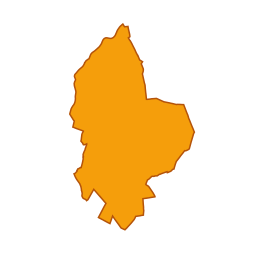 the district of Scherpenzeel, Gelderland, Netherlands, rotated 105°
{"feature_id": "6326949B37781973583405", "entity_name": "Scherpenzeel", "entity_type": "district", "adm_level": 2, "iso_a3": "NLD", "parent_name": "Netherlands", "parent_adm1": "Gelderland", "projection": "robinson", "projection_center": [5.498, 52.09], "detail": "fine", "context": "isolated", "style": "filled", "palette": "amber", "viewbox_px": 256, "rotation_deg": 105, "n_neighbors": 0, "source": "geoboundaries", "source_scale": "gbopen_adm2", "svg_char_len": 5533}
<svg xmlns="http://www.w3.org/2000/svg" viewBox="0 0 256 256"><g transform="rotate(105 128 128)"><path d="M114.8,62.8L114.1,63.4L112.4,64.6L111.0,65.7L109.6,66.8L105.3,70.0L102.6,72.1L101.8,72.5L99.9,73.7L98.8,74.6L96.1,76.6L95.1,77.3L91.0,80.3L91.2,81.0L91.6,82.9L91.7,83.4L91.7,83.5L92.1,85.2L92.2,85.6L92.2,85.8L92.3,86.2L92.5,86.6L92.6,87.0L92.8,87.3L92.9,91.9L93.0,92.9L93.0,93.0L93.0,94.2L93.4,100.2L93.2,101.2L93.1,102.0L92.1,108.0L92.1,108.3L93.0,110.8L93.2,111.4L93.8,113.1L94.3,114.1L94.6,114.9L95.0,115.9L95.2,116.4L95.5,117.6L93.2,118.5L92.1,118.9L90.3,119.6L89.4,120.0L87.0,120.9L84.3,121.9L83.6,122.2L83.3,122.2L81.9,122.8L80.6,123.6L80.3,123.8L72.4,127.9L72.3,128.0L72.1,128.1L70.0,128.0L69.3,128.0L68.5,128.1L67.9,128.2L67.6,128.3L67.3,128.4L66.5,128.8L66.3,129.0L64.1,130.6L63.5,131.1L62.5,131.8L60.2,131.1L59.3,134.1L59.3,134.3L57.5,135.7L56.8,136.2L56.4,136.5L55.5,137.2L55.6,137.3L52.9,139.8L50.5,141.7L46.4,145.4L46.3,145.5L46.0,145.7L44.3,147.3L43.0,148.6L43.0,148.9L40.8,151.0L39.4,149.8L39.2,149.8L37.0,150.7L32.5,153.1L31.0,153.8L30.3,154.2L29.9,154.3L31.1,157.6L30.0,158.7L28.9,159.9L29.9,160.6L31.6,161.7L32.4,162.1L33.0,162.4L34.0,162.7L35.3,163.2L36.3,163.5L37.4,163.7L39.1,163.9L39.6,164.0L41.6,164.3L42.3,164.5L42.6,164.6L42.9,164.8L43.9,165.3L44.2,165.5L44.7,165.9L45.6,167.0L45.9,167.7L46.1,168.6L46.2,169.4L46.3,171.1L46.4,172.0L46.5,172.2L46.6,172.6L46.7,172.9L46.9,173.1L47.2,173.5L47.4,173.8L47.8,174.2L48.1,174.3L48.5,174.5L48.9,174.7L49.3,174.9L49.7,175.0L50.5,175.1L50.9,175.2L52.7,175.4L53.7,175.6L54.5,175.8L54.9,176.0L55.8,176.3L56.3,176.5L56.6,176.6L57.2,176.9L60.6,179.1L62.1,180.1L62.6,180.5L64.1,181.8L64.8,182.3L65.0,182.4L65.5,182.6L66.0,182.9L66.5,183.0L66.9,183.1L69.6,183.4L70.3,183.5L70.9,183.5L71.4,183.7L71.7,184.2L72.5,184.8L73.5,185.7L74.3,186.1L75.9,186.6L76.4,186.7L76.4,186.8L77.0,186.8L78.2,187.0L78.8,187.2L80.1,187.6L80.5,187.8L80.8,188.0L83.4,189.8L84.7,190.6L85.1,190.8L86.8,191.6L88.3,192.2L89.0,192.7L89.6,192.9L90.0,193.1L90.3,193.2L90.7,193.2L91.1,193.2L91.6,193.2L92.0,193.1L92.4,192.9L93.9,191.8L94.1,191.6L94.3,191.5L94.5,191.4L94.8,191.2L95.0,191.2L95.4,191.2L95.8,191.2L97.1,191.5L97.7,191.5L98.3,191.5L99.0,191.5L99.3,191.4L99.8,191.2L100.9,190.8L101.5,190.5L103.5,189.3L105.6,188.1L106.3,187.8L106.9,187.6L107.2,187.5L109.3,187.3L110.2,187.2L110.9,187.1L111.8,186.9L112.8,186.5L113.2,186.4L113.7,186.3L114.3,186.2L114.8,186.1L115.7,186.0L116.2,186.0L117.1,186.0L118.0,186.1L118.7,186.2L119.5,186.4L120.0,186.6L120.9,187.0L121.6,187.2L122.9,187.6L123.4,187.7L123.8,187.8L124.7,187.9L125.2,187.9L126.5,187.9L129.1,187.9L129.7,187.8L130.2,187.3L130.9,186.5L131.9,185.5L133.1,184.1L133.4,183.9L134.1,183.1L134.5,182.7L134.9,182.0L135.1,181.7L141.4,181.5L141.4,181.0L141.5,180.4L141.7,178.9L141.9,177.2L142.0,175.8L142.4,171.0L142.6,170.3L144.9,170.8L146.1,170.9L148.9,170.5L151.7,170.1L152.6,170.1L152.8,170.1L153.7,168.9L154.2,168.1L155.1,167.3L155.3,167.1L155.5,167.0L155.5,166.9L155.7,166.7L155.7,166.4L155.6,166.2L155.5,165.9L154.8,164.7L154.6,164.5L154.0,163.8L154.6,163.6L158.4,163.9L158.6,163.9L158.7,164.0L159.0,163.9L159.9,163.9L160.2,163.9L161.8,164.2L162.6,164.3L163.5,164.4L164.7,164.5L165.1,164.5L165.8,164.4L166.0,164.3L166.4,164.0L166.9,163.8L166.9,164.0L167.6,164.0L167.6,163.7L167.8,163.7L168.3,163.6L169.2,163.4L170.1,163.2L170.7,163.2L171.9,163.1L174.0,163.0L178.2,163.0L178.2,163.3L178.4,163.6L178.6,163.6L178.6,163.8L179.2,164.4L179.6,164.7L179.9,165.1L180.0,165.2L180.5,165.9L181.1,165.9L182.2,166.4L182.3,166.4L182.6,166.0L182.8,166.0L183.1,166.2L184.5,166.8L184.9,167.0L185.2,167.2L185.4,167.4L185.6,167.5L185.9,167.9L186.2,168.3L188.6,166.5L189.8,165.4L190.9,164.3L194.2,160.3L196.7,158.4L199.1,157.2L199.4,157.1L200.0,157.0L200.7,156.5L201.4,156.1L203.1,155.3L204.6,155.1L205.6,154.9L206.2,154.4L206.5,154.2L206.9,153.8L207.3,153.4L207.5,153.0L207.6,152.8L207.6,152.5L207.8,152.0L207.9,150.9L208.0,150.7L208.1,150.3L208.3,149.9L208.9,149.2L207.7,148.2L207.4,148.1L207.0,148.0L205.1,147.5L199.2,146.0L196.1,145.2L197.6,143.0L201.8,136.8L201.7,136.8L202.7,135.4L203.4,134.4L204.2,133.2L205.2,131.8L205.3,131.6L206.5,129.8L210.5,130.8L218.6,132.6L222.1,133.4L222.4,132.1L224.5,123.2L225.0,120.7L217.0,120.1L217.8,119.2L218.4,118.5L219.6,117.1L223.3,112.5L226.3,108.9L226.5,108.3L226.5,108.1L227.1,104.6L226.0,104.0L225.9,103.9L225.7,103.7L223.3,102.5L219.1,100.3L214.9,98.4L214.2,98.2L213.4,98.0L211.4,97.7L210.0,94.5L209.6,93.5L209.4,93.3L208.2,90.6L207.3,90.8L203.7,91.4L202.0,92.1L200.4,92.5L196.9,93.8L192.4,95.3L191.8,93.8L190.1,89.9L189.4,88.4L188.2,85.7L187.5,84.1L187.4,84.1L187.1,84.3L186.8,84.5L184.3,86.9L179.2,92.8L179.1,93.0L178.8,93.6L178.5,94.7L178.0,96.1L177.8,96.2L175.3,96.0L173.9,95.8L173.3,95.8L173.1,95.7L172.8,95.5L172.7,95.3L172.3,94.8L170.1,93.4L169.4,93.0L168.6,92.5L168.5,92.4L168.4,92.2L168.3,91.7L168.0,90.4L167.9,90.2L167.5,89.8L167.4,89.7L167.0,88.5L166.8,87.9L166.6,87.3L166.5,87.2L165.1,86.1L164.7,85.8L164.5,85.2L163.4,83.8L161.4,80.9L160.1,79.0L161.0,78.5L160.8,78.1L160.2,77.4L159.7,76.8L159.3,76.2L158.5,75.4L158.1,75.0L157.9,74.9L157.2,74.6L156.8,74.4L156.6,74.3L156.4,74.1L156.1,73.8L155.8,73.0L155.7,73.0L154.0,73.0L150.4,72.9L148.2,72.7L147.8,72.7L147.2,72.4L146.5,72.1L143.2,70.7L141.3,70.0L138.2,68.6L137.5,68.3L135.7,67.6L135.2,67.4L135.1,67.2L135.2,66.7L135.1,66.4L134.9,66.1L134.7,65.8L134.1,65.1L133.8,64.7L132.7,63.6L132.4,63.5L131.9,63.4L130.3,63.4L125.1,63.4L122.4,63.3L118.1,63.2L117.1,63.2L116.2,63.1L115.6,63.0L114.8,62.8Z" fill="#f59e0b" stroke="#b45309" stroke-width="1.5"/></g></svg>